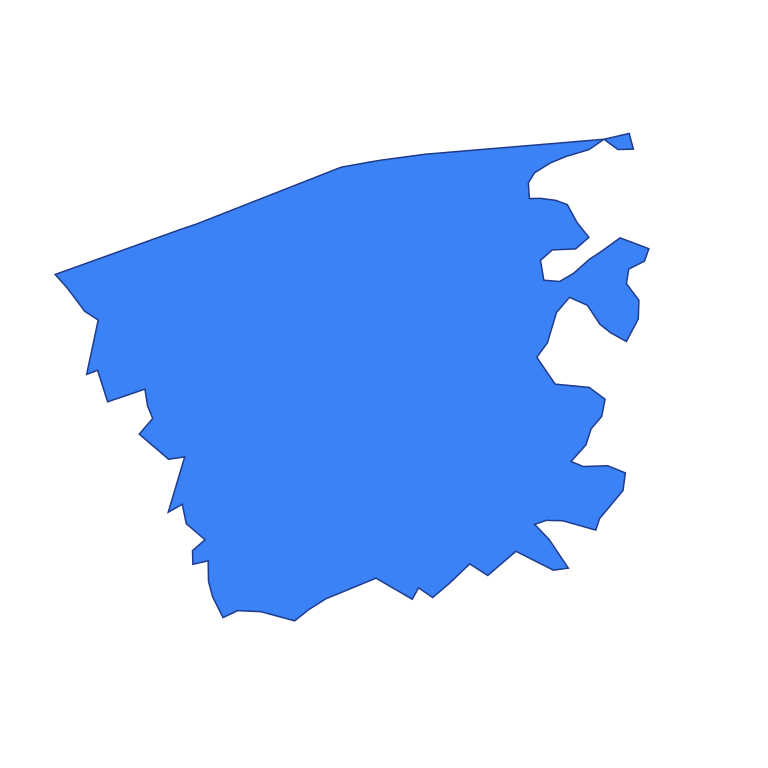 outline of Santa Lúcia, Paraná, Brazil, rotated 347°
{"feature_id": "56859067B61888752211446", "entity_name": "Santa Lúcia", "entity_type": "district", "adm_level": 2, "iso_a3": "BRA", "parent_name": "Brazil", "parent_adm1": "Paraná", "projection": "mercator", "projection_center": [-53.534, -25.393], "detail": "fine", "context": "isolated", "style": "filled", "palette": "blue", "viewbox_px": 768, "rotation_deg": 347, "n_neighbors": 0, "source": "geoboundaries", "source_scale": "gbopen_adm2", "svg_char_len": 1393}
<svg xmlns="http://www.w3.org/2000/svg" viewBox="0 0 768 768"><g transform="rotate(347 384 384)"><path d="M653.4,195.0L476.9,169.5L432.6,165.3L420.2,164.5L390.9,163.1L237.4,185.9L221.1,187.5L88.2,203.3L96.9,219.1L108.8,245.9L119.9,257.4L96.4,307.8L108.0,306.2L110.7,339.2L149.9,335.2L148.7,352.3L150.9,365.5L134.2,377.8L157.2,408.9L173.4,410.2L144.9,460.4L160.4,455.8L159.9,475.6L174.6,495.5L159.9,503.3L157.2,516.7L172.9,516.7L168.6,536.8L169.1,552.6L174.6,575.4L190.4,571.9L212.7,578.1L243.7,594.7L259.9,586.9L279.0,580.2L332.5,571.4L363.1,600.1L371.8,590.4L383.4,603.0L403.5,592.6L427.0,578.6L442.0,593.9L474.9,576.7L507.1,603.5L522.2,604.9L509.8,572.4L499.2,554.7L511.5,553.4L527.2,557.4L557.5,574.0L563.8,563.6L592.9,541.6L599.2,525.0L583.7,514.0L559.5,509.2L548.8,501.6L567.0,488.8L575.7,474.3L588.8,464.6L596.0,448.6L583.2,433.5L550.7,422.6L538.9,392.3L552.4,380.7L568.2,353.1L584.2,341.3L599.9,353.1L607.9,374.6L616.6,385.3L629.7,397.1L646.4,377.8L651.2,359.8L642.8,340.8L648.3,327.1L665.5,322.8L672.5,311.8L646.9,294.7L624.1,304.3L612.7,308.4L593.6,318.8L578.1,323.6L563.1,318.8L564.3,298.7L578.1,291.2L601.1,295.5L616.6,287.2L608.4,270.0L603.0,250.5L592.9,243.8L578.6,238.4L567.4,236.0L569.9,220.5L578.1,212.1L596.0,206.0L612.2,203.3L636.5,201.7L653.4,195.0ZM679.3,195.0L653.4,195.0L664.6,208.1L679.8,211.3L679.3,195.0Z" fill="#3b82f6" stroke="#1e3a8a" stroke-width="1.5"/></g></svg>